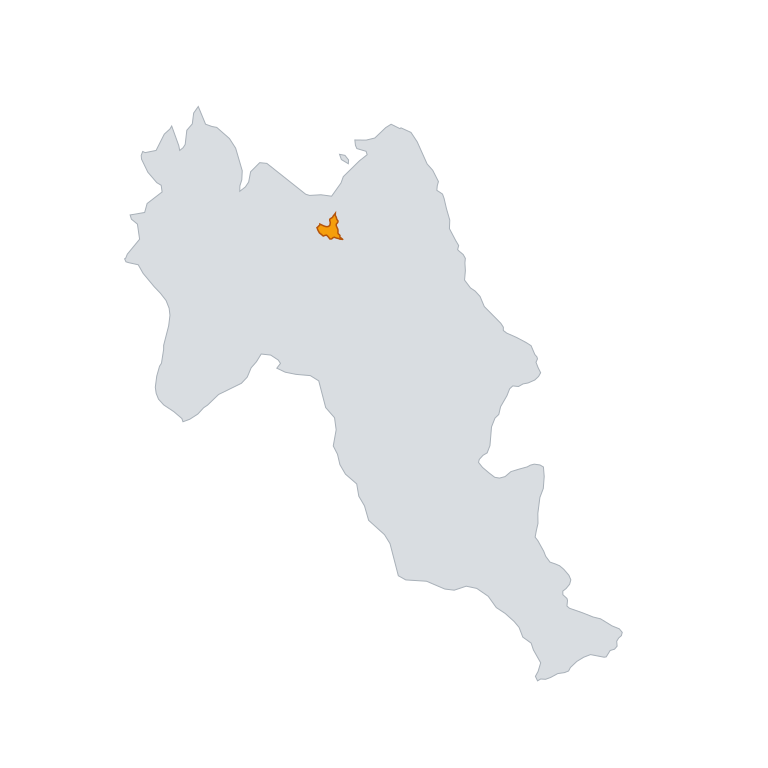 Anju City, P'yŏngan-namdo, North Korea (highlighted), rotated 103°
{"feature_id": "82179303B77985943192226", "entity_name": "Anju City", "entity_type": "district", "adm_level": 2, "iso_a3": "PRK", "parent_name": "North Korea", "parent_adm1": "P'yŏngan-namdo", "projection": "albers", "projection_center": [125.736, 39.589], "detail": "fine", "context": "in_parent", "style": "filled", "palette": "amber", "viewbox_px": 768, "rotation_deg": 103, "n_neighbors": 0, "source": "geoboundaries", "source_scale": "gbopen_adm2", "svg_char_len": 4211}
<svg xmlns="http://www.w3.org/2000/svg" viewBox="0 0 768 768"><g transform="rotate(103 384 384)"><path d="M466.0,571.4L463.1,573.2L458.3,582.4L453.9,594.0L449.5,600.3L444.3,603.9L438.6,606.1L427.4,607.2L417.2,606.7L413.8,605.5L399.8,606.5L395.9,607.4L375.7,606.9L365.2,608.0L358.5,610.4L351.7,615.1L345.9,622.2L340.9,629.8L330.4,643.6L323.1,650.3L323.2,659.9L323.0,662.9L320.4,664.9L319.5,664.0L315.2,663.3L297.9,654.7L283.7,660.2L280.2,667.2L276.4,669.4L270.7,655.8L261.4,655.4L246.8,643.4L240.5,645.8L238.9,650.7L230.8,661.7L219.5,670.8L215.9,672.0L211.7,671.4L212.3,668.8L207.7,658.6L190.0,654.3L183.6,649.9L180.4,648.9L197.9,637.6L202.4,635.6L199.0,632.9L195.3,631.6L181.1,633.2L173.7,629.3L162.8,630.4L155.4,627.4L171.0,616.3L171.8,609.7L171.6,604.7L179.6,589.8L187.6,581.6L208.1,570.1L217.0,568.5L223.4,569.0L228.7,567.9L223.2,563.4L217.7,561.3L207.2,561.7L196.3,554.9L195.4,547.8L216.7,503.0L217.0,498.9L213.8,488.0L212.8,477.3L197.8,471.1L191.1,470.3L172.0,458.1L164.4,452.0L161.3,453.8L160.7,463.4L157.9,465.5L152.8,467.3L150.4,456.3L146.4,448.3L133.8,440.0L129.3,435.5L131.6,425.9L130.6,425.1L132.8,414.3L140.6,406.1L159.9,391.5L164.8,384.6L174.5,376.5L178.9,376.7L183.4,376.1L184.7,372.5L185.8,369.7L189.7,367.2L198.9,362.7L209.5,356.8L217.9,355.2L228.1,346.4L232.3,342.4L236.5,342.5L237.7,340.6L240.0,336.0L243.3,333.0L247.8,332.4L255.3,330.2L264.6,328.9L270.9,321.4L273.0,316.0L277.1,310.1L286.0,303.7L292.0,294.2L298.6,283.8L301.8,280.5L305.0,279.8L306.8,275.9L308.9,265.0L311.8,254.3L313.6,249.3L321.3,243.7L323.2,241.1L325.0,240.1L328.6,240.8L333.3,237.6L337.8,233.9L341.9,235.1L346.2,238.0L350.6,243.9L352.6,248.5L356.2,252.4L356.9,258.1L360.4,260.5L367.8,261.6L379.9,265.3L387.8,265.3L392.3,268.2L401.6,269.6L420.2,266.9L427.9,268.0L431.2,271.5L436.0,274.2L439.1,274.3L443.1,269.3L447.2,261.3L450.0,255.1L449.7,250.3L447.0,245.2L440.8,240.6L436.6,233.3L432.5,225.7L430.2,223.2L428.3,219.6L427.8,213.8L429.0,210.0L438.1,207.1L449.9,205.3L459.5,206.6L475.5,205.0L485.2,202.6L492.5,202.6L499.2,202.3L502.0,198.9L511.1,190.7L515.5,187.7L520.2,182.2L520.8,176.5L521.6,172.0L524.2,167.0L528.8,160.8L532.8,157.9L537.4,158.1L542.4,160.6L545.6,163.2L549.1,162.3L551.8,157.5L553.6,156.5L559.2,155.8L560.8,152.8L562.3,138.9L564.0,127.9L564.1,120.2L568.4,107.4L569.6,99.7L572.4,96.0L575.8,96.1L578.7,98.2L582.3,99.4L587.0,97.9L590.5,99.7L592.8,103.7L599.9,106.1L600.7,108.1L601.2,121.9L605.4,128.1L610.9,133.7L618.3,138.6L622.1,139.6L624.6,143.2L627.1,149.6L632.5,155.7L635.4,160.2L636.2,165.0L638.7,167.6L634.8,170.7L629.4,169.2L620.4,168.6L609.5,178.6L603.4,182.3L599.4,191.8L590.7,197.7L586.1,203.8L580.3,214.3L576.6,224.3L567.4,234.7L562.3,247.6L562.5,258.4L569.1,269.2L570.1,278.6L566.6,298.2L570.0,318.7L567.6,326.9L538.2,342.2L530.7,349.6L520.3,368.3L507.1,375.6L499.0,383.3L487.5,388.1L480.5,401.3L472.5,408.8L462.9,413.5L455.8,419.5L439.4,420.3L428.0,424.6L420.1,435.5L395.6,448.3L392.4,457.7L394.4,471.9L394.7,482.9L392.7,492.0L387.2,489.5L384.4,492.5L381.3,500.9L382.4,510.4L391.0,513.3L398.1,517.1L408.0,518.8L415.4,523.1L431.4,542.8L444.3,551.2L447.7,554.4L455.1,558.6L462.0,565.3L466.0,571.4ZM174.9,476.0L170.2,479.0L170.0,473.5L173.7,468.9L177.4,468.3L174.9,476.0Z" fill="#d9dde1" stroke="#a8b0b8" stroke-width="1"/><path d="M252.3,456.9L252.0,457.3L252.0,457.9L251.5,458.4L251.2,459.1L251.2,459.7L250.6,460.1L249.3,460.3L248.8,460.8L248.2,461.9L247.8,462.5L247.2,462.8L246.7,463.0L245.5,463.2L244.8,463.4L244.3,463.5L243.8,463.8L243.3,464.0L242.2,464.9L241.1,465.7L240.5,466.1L239.9,466.3L239.3,466.4L238.6,466.3L237.4,465.6L236.8,465.4L236.1,465.4L235.5,465.5L234.1,467.1L232.5,467.9L231.9,468.3L231.4,468.8L230.9,469.2L230.3,469.5L228.6,469.8L230.0,470.4L231.1,471.0L231.9,471.3L233.0,471.6L234.0,472.4L235.1,473.6L235.9,473.9L237.0,473.6L238.6,472.7L240.3,472.5L241.6,472.5L243.0,473.6L243.5,474.8L243.7,475.9L243.5,478.3L243.2,479.7L242.6,482.4L242.9,482.3L243.8,482.5L244.8,483.2L245.9,483.8L246.7,484.5L249.1,482.9L251.3,480.9L252.4,478.6L253.5,476.5L253.3,476.2L252.4,474.8L251.9,473.4L253.0,471.6L254.9,469.3L254.4,467.6L253.0,466.7L252.2,465.5L252.5,463.2L252.5,460.9L252.8,459.4L252.5,458.3L252.5,457.1L252.3,456.9Z" fill="#f59e0b" stroke="#b45309" stroke-width="1.5"/></g></svg>